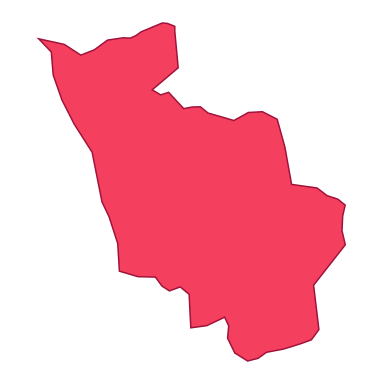 the Province of Kayanza
{"feature_id": "BDI-2640", "entity_name": "Kayanza", "entity_type": "Province", "adm_level": 1, "iso_a3": "BDI", "parent_name": "Burundi", "parent_adm1": "", "projection": "natural_earth1", "projection_center": [29.667, -2.994], "detail": "fine", "context": "isolated", "style": "filled", "palette": "rose", "viewbox_px": 384, "rotation_deg": 0, "n_neighbors": 0, "source": "natural_earth", "source_scale": "10m", "svg_char_len": 871}
<svg xmlns="http://www.w3.org/2000/svg" viewBox="0 0 384 384"><path d="M162.2,23.0L167.3,23.4L174.8,26.3L174.8,31.3L178.2,67.8L152.2,89.8L160.7,94.9L168.6,92.3L183.7,108.6L192.2,107.0L200.4,106.8L208.0,113.0L233.9,120.5L248.3,112.5L262.4,111.7L277.2,119.3L284.9,147.1L291.6,184.4L317.1,188.0L327.0,195.6L337.9,199.2L345.2,205.1L342.7,216.0L342.0,230.7L345.3,244.8L313.6,285.2L318.9,329.6L311.4,339.8L300.5,343.8L283.7,349.0L266.5,352.3L258.1,358.3L247.6,361.0L234.8,353.0L227.6,338.2L228.7,325.8L224.6,317.2L206.7,325.7L190.8,327.8L189.1,294.3L180.2,286.9L169.4,290.9L162.0,286.1L155.4,277.1L138.1,276.7L119.4,271.2L117.7,243.4L109.1,216.9L102.0,201.9L92.1,152.2L74.2,124.1L62.0,100.1L53.2,75.1L51.3,52.0L38.7,38.8L64.3,44.4L80.8,55.1L94.2,49.9L107.5,40.1L123.0,37.8L130.3,38.1L135.9,35.6L141.2,31.8L162.2,23.0Z" fill="#f43f5e" stroke="#9f1239" stroke-width="1.5"/></svg>